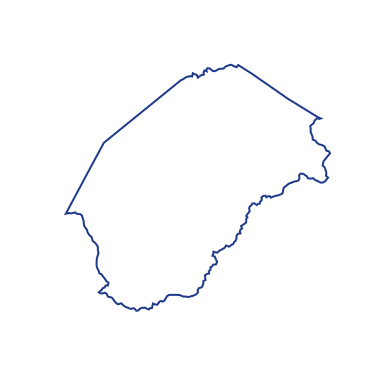 Dormentes, Pernambuco, Brazil, rotated 127°
{"feature_id": "56859067B71625369805565", "entity_name": "Dormentes", "entity_type": "district", "adm_level": 2, "iso_a3": "BRA", "parent_name": "Brazil", "parent_adm1": "Pernambuco", "projection": "albers", "projection_center": [-40.588, -8.482], "detail": "fine", "context": "isolated", "style": "outline", "palette": "blue", "viewbox_px": 384, "rotation_deg": 127, "n_neighbors": 0, "source": "geoboundaries", "source_scale": "gbopen_adm2", "svg_char_len": 3230}
<svg xmlns="http://www.w3.org/2000/svg" viewBox="0 0 384 384"><g transform="rotate(127 192 192)"><path d="M56.5,136.3L59.9,172.2L60.1,179.4L60.2,181.2L61.5,215.4L62.8,231.5L65.5,231.5L66.4,235.0L66.8,237.3L68.7,238.9L71.4,240.6L74.6,241.2L76.1,243.0L77.7,244.7L80.2,245.6L81.7,246.7L82.8,247.8L82.7,252.3L83.8,254.2L85.7,254.1L86.8,252.9L87.4,255.1L89.3,254.9L91.1,253.2L92.7,254.7L95.5,255.8L97.1,256.1L95.6,258.7L96.1,260.2L96.7,262.8L99.6,261.4L100.5,263.1L103.7,265.8L107.3,267.0L109.6,268.2L201.6,291.0L205.8,292.0L214.8,290.6L229.7,288.4L285.3,279.7L282.6,277.4L282.0,275.8L278.6,273.0L278.8,271.0L277.0,268.1L276.9,266.0L280.6,260.8L282.1,259.7L284.0,257.6L285.3,253.5L286.8,251.4L287.5,250.0L288.2,248.2L288.4,245.1L290.9,241.8L290.8,239.8L291.3,237.1L292.3,234.4L295.1,232.2L296.9,230.0L302.1,228.1L304.4,226.7L308.1,224.0L309.9,221.7L311.2,219.0L312.8,216.8L312.1,215.2L312.7,213.2L313.6,209.8L314.7,206.8L314.8,203.9L317.4,202.9L318.5,204.7L320.9,204.3L322.5,205.4L324.0,205.2L326.1,205.6L328.2,206.1L328.1,204.3L327.0,202.5L325.1,201.2L324.6,199.5L325.2,197.8L326.2,196.2L325.4,194.6L324.6,192.5L325.1,190.4L325.7,188.7L326.2,186.4L326.4,184.0L325.2,182.7L323.6,181.8L323.6,179.9L323.9,177.9L323.8,176.1L323.0,173.5L322.5,171.4L321.7,170.0L319.9,168.7L319.8,166.8L320.4,165.0L318.9,163.6L316.8,163.4L315.0,162.6L313.8,161.2L312.7,160.0L312.3,157.6L311.6,155.6L309.8,155.5L308.8,154.2L306.7,155.1L304.6,156.1L304.1,154.1L302.9,151.9L300.7,151.9L298.9,152.0L297.6,151.1L297.3,149.6L296.0,148.7L294.3,148.9L292.5,148.9L290.0,149.3L287.9,148.2L286.7,146.9L285.8,145.4L284.5,143.9L283.0,141.8L281.6,139.8L281.4,138.2L280.6,135.8L279.2,134.0L278.1,131.7L276.1,130.2L273.9,128.5L271.5,127.2L268.6,126.8L267.0,128.4L264.8,128.7L263.1,127.4L261.3,126.9L258.6,127.8L256.3,129.3L254.1,128.3L252.5,129.9L250.9,131.5L248.8,131.0L246.8,129.3L245.3,130.8L242.8,130.5L241.1,132.0L239.5,131.2L237.4,131.4L235.4,129.3L232.7,129.9L230.9,133.4L229.9,134.8L230.6,137.3L228.7,137.8L226.7,138.9L226.2,137.3L225.1,135.2L222.6,134.9L220.4,133.8L217.1,132.4L214.2,132.5L213.4,129.5L211.8,129.0L210.1,128.5L208.7,127.7L206.6,128.3L204.9,127.8L202.6,128.3L200.0,130.2L197.6,130.1L195.9,128.4L194.7,130.1L193.0,130.6L190.9,130.1L189.7,132.3L186.2,131.1L183.8,130.4L180.5,132.7L178.9,132.5L178.5,134.3L175.4,134.4L172.6,134.4L170.7,136.5L168.9,137.2L167.2,136.6L164.8,136.9L163.5,135.2L163.4,132.4L161.6,132.0L160.5,130.9L158.9,131.7L156.2,131.5L154.6,133.2L152.4,132.8L150.7,131.1L151.4,129.4L149.7,128.7L148.5,127.4L149.0,125.6L145.3,123.4L142.6,121.0L139.6,119.1L137.7,119.1L134.4,121.0L132.3,121.2L130.7,120.5L128.4,120.1L126.0,119.2L124.8,118.1L122.9,117.2L121.4,116.0L119.9,114.5L118.2,113.9L116.2,114.6L114.5,116.4L112.2,116.6L110.5,114.1L110.4,109.4L111.3,107.8L109.9,105.3L108.0,103.4L108.3,101.9L108.1,100.1L107.5,97.5L107.2,95.2L105.6,93.1L103.2,92.1L98.6,92.0L98.4,94.8L96.6,95.7L95.1,97.0L92.5,100.8L92.3,103.5L88.8,105.3L86.5,105.4L77.9,105.1L77.2,107.1L78.1,109.6L75.9,113.5L76.1,115.9L77.5,119.5L77.5,121.8L76.8,124.2L77.4,127.2L75.3,129.0L74.3,130.6L72.6,133.5L70.6,134.8L68.1,137.3L63.9,136.3L61.0,137.1L59.0,136.6L56.5,136.3ZM55.8,133.5L56.5,136.3L57.2,134.5L55.8,133.5Z" fill="none" stroke="#1e3a8a" stroke-width="2"/></g></svg>